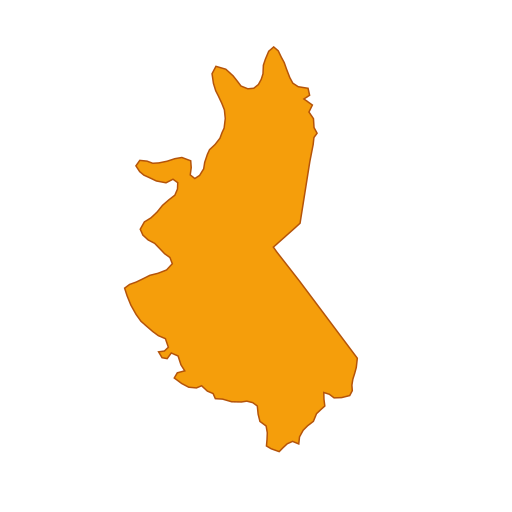 Ipira, Santa Catarina, Brazil, rotated 147°
{"feature_id": "56859067B94705413324675", "entity_name": "Ipira", "entity_type": "district", "adm_level": 2, "iso_a3": "BRA", "parent_name": "Brazil", "parent_adm1": "Santa Catarina", "projection": "mercator", "projection_center": [-51.796, -27.371], "detail": "fine", "context": "isolated", "style": "filled", "palette": "amber", "viewbox_px": 512, "rotation_deg": 147, "n_neighbors": 0, "source": "geoboundaries", "source_scale": "gbopen_adm2", "svg_char_len": 2046}
<svg xmlns="http://www.w3.org/2000/svg" viewBox="0 0 512 512"><g transform="rotate(147 256 256)"><path d="M145.9,412.0L150.9,405.0L155.4,401.3L160.6,398.5L166.5,397.9L171.8,400.7L176.0,406.7L176.5,413.3L177.1,419.6L179.6,429.1L186.3,436.9L193.6,432.8L197.7,423.9L199.8,416.5L200.4,410.8L201.5,402.8L202.9,395.8L206.9,388.0L213.1,380.6L217.4,377.9L222.1,374.4L229.6,371.8L237.0,370.5L241.3,367.8L248.0,362.5L252.4,357.6L259.4,354.3L265.1,354.3L267.0,359.8L262.2,365.4L258.9,371.4L264.5,379.0L271.0,381.8L278.9,383.9L286.8,387.0L292.1,390.0L295.7,394.9L301.4,399.5L307.6,397.0L307.6,390.1L306.0,384.9L303.0,380.2L298.7,373.2L291.6,366.4L283.8,365.6L281.7,360.1L285.4,354.9L290.9,351.2L298.2,350.6L306.8,349.4L315.1,346.7L323.4,345.2L331.0,345.4L338.5,341.5L339.5,335.1L337.7,328.2L334.1,321.8L332.8,315.2L331.4,307.7L329.0,301.6L330.4,295.1L338.6,293.0L347.7,294.9L355.5,297.6L364.5,298.6L370.7,299.4L377.5,301.0L383.7,300.6L385.8,292.8L387.7,282.9L388.4,272.2L388.0,263.8L385.9,256.4L383.7,248.8L381.3,242.4L377.0,236.0L379.2,227.2L384.6,226.2L389.9,228.7L390.2,221.9L386.4,218.3L379.9,220.8L375.8,214.6L378.2,205.6L378.3,198.5L385.6,200.9L391.0,198.2L387.8,189.6L383.9,182.6L377.8,177.8L372.3,176.8L370.4,169.2L366.9,164.0L367.8,158.5L362.0,154.2L355.8,147.0L347.7,141.5L342.8,139.3L338.6,134.8L336.6,129.5L340.4,122.1L342.8,115.1L340.1,107.9L342.8,101.6L346.7,96.1L350.7,91.0L348.3,86.1L343.1,79.3L337.7,80.5L332.0,81.5L326.3,80.6L322.5,75.1L318.0,80.6L311.3,84.2L305.2,85.5L297.9,86.1L291.1,90.8L285.7,91.8L280.0,92.7L277.0,98.9L273.5,104.6L269.8,100.1L267.8,94.5L261.3,90.6L253.4,87.9L248.6,90.6L245.9,95.5L241.8,100.0L237.3,103.7L232.6,107.9L226.7,115.1L233.2,211.4L236.4,248.2L236.6,254.0L207.1,258.5L201.2,259.5L159.5,305.8L147.4,318.3L142.9,323.8L137.9,325.7L137.4,332.1L133.0,339.9L133.2,347.9L126.5,351.9L130.3,361.6L123.5,361.6L121.0,368.3L128.4,375.0L131.0,380.9L130.5,387.2L128.6,396.2L127.0,402.8L126.5,409.0L125.6,415.9L127.3,421.7L133.8,420.8L141.0,415.9L145.9,412.0Z" fill="#f59e0b" stroke="#b45309" stroke-width="1.5"/></g></svg>